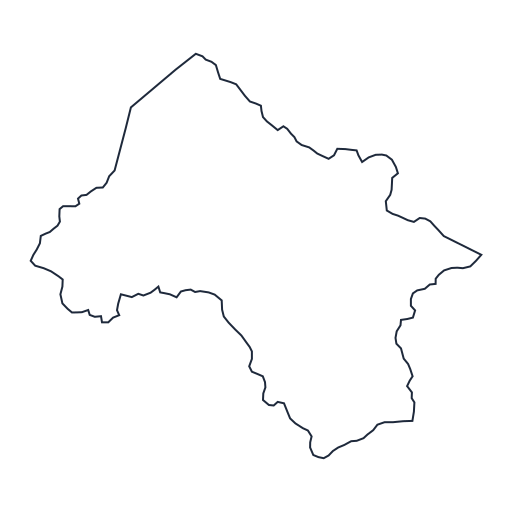 outline of Barra de Santana, Paraíba, Brazil
{"feature_id": "56859067B28014934647580", "entity_name": "Barra de Santana", "entity_type": "district", "adm_level": 2, "iso_a3": "BRA", "parent_name": "Brazil", "parent_adm1": "Paraíba", "projection": "robinson", "projection_center": [-35.963, -7.568], "detail": "fine", "context": "isolated", "style": "outline", "palette": "slate", "viewbox_px": 512, "rotation_deg": 0, "n_neighbors": 0, "source": "geoboundaries", "source_scale": "gbopen_adm2", "svg_char_len": 2635}
<svg xmlns="http://www.w3.org/2000/svg" viewBox="0 0 512 512"><path d="M273.7,405.5L277.7,401.9L284.0,403.3L287.4,411.8L290.1,418.4L295.4,423.4L302.9,428.2L307.9,430.5L311.6,436.4L310.2,442.3L310.1,447.5L313.3,455.0L318.4,457.1L323.7,458.2L328.6,455.5L332.9,451.0L338.2,447.5L344.2,445.0L351.2,441.2L356.7,440.8L363.5,438.2L367.5,434.5L373.2,430.2L377.4,424.7L384.6,422.2L393.0,422.2L403.2,421.2L412.4,420.9L413.9,411.7L414.4,402.4L411.7,398.2L411.9,392.4L407.1,386.1L409.8,380.5L412.6,376.3L410.2,369.0L408.1,364.0L403.7,358.6L401.0,348.4L396.4,343.7L395.5,337.9L396.7,331.3L400.5,325.3L401.0,319.9L407.3,319.0L412.9,317.6L415.1,310.4L410.9,305.8L410.9,299.0L412.9,293.4L417.2,290.4L424.8,288.8L429.8,284.5L435.6,283.9L435.7,278.7L438.8,274.8L444.1,270.4L451.5,268.0L457.4,267.7L462.9,268.2L470.3,266.4L476.0,260.8L481.3,254.8L443.8,236.1L438.3,230.0L434.4,225.9L430.3,221.3L425.2,218.6L419.7,218.0L413.9,221.9L407.8,220.2L402.5,217.7L397.9,215.6L392.6,213.9L386.8,210.5L385.8,201.2L390.2,194.9L391.6,189.8L391.9,184.2L392.2,177.9L397.9,173.3L395.9,167.0L391.9,159.7L386.3,155.5L381.9,154.6L375.7,154.8L368.7,157.4L362.1,162.0L358.4,155.3L356.6,150.4L351.8,149.9L345.4,149.1L337.3,148.8L334.0,155.3L328.6,158.8L321.8,155.7L317.2,153.5L313.5,150.5L309.2,147.4L301.6,145.0L296.6,141.4L294.4,137.1L291.0,133.7L287.2,128.8L283.4,126.3L277.7,130.1L272.7,126.0L266.9,121.4L263.0,117.1L261.5,111.0L260.9,105.7L255.8,103.5L249.9,101.5L244.9,95.8L236.2,84.3L230.6,82.1L224.8,80.3L220.2,78.9L218.0,72.2L215.9,65.1L211.5,61.8L205.7,59.6L202.5,56.3L195.8,53.8L175.7,69.6L130.9,107.4L125.7,128.3L114.6,170.5L109.2,176.2L106.6,182.8L102.8,187.5L96.4,187.8L90.9,191.4L86.5,194.9L81.4,195.5L78.0,198.6L79.3,203.7L75.4,206.3L69.3,206.2L63.1,206.2L59.6,209.1L59.3,216.4L59.9,221.6L57.5,225.7L53.6,228.7L49.8,232.0L45.7,233.6L40.8,235.9L39.9,243.3L36.7,249.6L33.4,254.8L30.7,260.8L35.2,265.7L43.7,268.2L51.0,271.3L58.4,276.2L62.7,279.5L62.4,286.6L60.4,294.3L62.4,303.4L67.6,308.8L72.0,312.5L76.9,312.4L81.9,312.2L88.2,310.0L89.7,314.9L94.8,316.8L101.0,316.2L102.0,322.3L108.3,322.3L113.1,317.6L119.2,315.2L117.0,310.2L118.2,303.6L120.9,294.3L126.4,295.7L131.8,297.1L138.3,293.8L143.4,295.5L150.6,292.7L154.4,289.9L158.4,286.6L160.2,292.4L164.6,293.2L169.9,294.3L176.6,297.3L180.9,291.5L185.6,290.2L190.7,289.6L195.1,292.0L200.1,291.1L208.6,292.4L214.7,294.6L221.7,300.4L222.1,309.7L223.8,316.5L228.6,322.6L235.2,329.5L241.4,335.5L245.9,341.8L249.7,347.0L251.9,351.4L251.9,358.9L249.2,366.3L251.9,371.7L257.5,374.0L262.8,376.3L265.0,382.1L265.4,387.4L263.3,393.4L263.0,400.0L268.9,405.0L273.7,405.5Z" fill="none" stroke="#1e293b" stroke-width="2"/></svg>